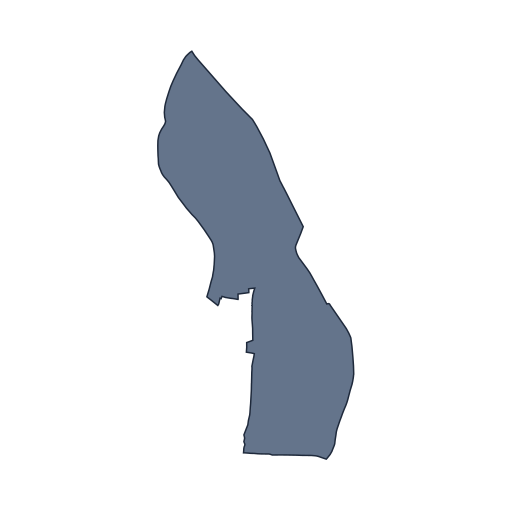 outline of Chau Thanh, Bến Tre, Vietnam, rotated 75°
{"feature_id": "81297802B56564979250046", "entity_name": "Chau Thanh", "entity_type": "district", "adm_level": 2, "iso_a3": "VNM", "parent_name": "Vietnam", "parent_adm1": "Bến Tre", "projection": "orthographic", "projection_center": [106.327, 10.29], "detail": "fine", "context": "isolated", "style": "filled", "palette": "slate", "viewbox_px": 512, "rotation_deg": 75, "n_neighbors": 0, "source": "geoboundaries", "source_scale": "gbopen_adm2", "svg_char_len": 3852}
<svg xmlns="http://www.w3.org/2000/svg" viewBox="0 0 512 512"><g transform="rotate(75 256 256)"><path d="M442.9,319.0L443.3,317.6L444.1,315.3L444.5,314.1L445.2,312.3L446.2,308.9L447.5,305.4L448.5,302.2L449.6,298.3L450.3,295.7L450.5,295.0L451.0,293.9L451.3,293.4L452.1,292.3L452.5,291.6L454.0,285.7L455.7,279.4L459.0,267.9L460.4,263.4L463.0,254.1L463.9,251.6L464.4,250.2L464.8,249.3L465.6,247.8L470.4,240.7L469.7,239.6L466.9,235.8L464.9,233.8L464.4,233.3L463.0,232.3L459.7,229.8L458.2,228.8L457.4,228.4L456.6,228.1L453.8,227.0L449.3,225.0L446.8,224.0L444.8,222.9L443.0,221.8L442.3,221.3L439.6,219.5L437.8,218.3L436.9,217.7L433.3,215.1L430.8,213.4L426.6,210.3L423.7,208.0L421.0,206.1L418.6,204.6L416.3,203.3L414.0,202.0L411.9,200.8L409.8,199.6L408.4,198.7L404.2,196.1L403.9,196.1L402.8,195.4L401.1,194.6L398.9,193.6L396.9,192.8L396.3,192.6L395.5,192.2L387.5,190.3L379.3,188.7L371.4,187.3L367.9,186.7L365.6,186.4L362.6,186.0L359.7,185.6L357.8,185.8L356.9,186.0L354.8,186.3L351.0,187.2L349.4,187.6L322.9,197.0L321.7,197.3L321.1,197.7L320.8,198.2L320.7,198.7L320.6,200.1L318.6,200.5L310.7,202.3L300.7,204.7L294.1,206.4L290.0,207.4L286.2,208.4L281.6,210.0L275.5,212.4L268.7,215.1L265.8,215.7L263.7,216.0L260.8,216.0L258.9,215.9L257.7,215.6L256.8,215.2L255.7,214.5L245.7,206.9L239.9,202.8L230.2,204.8L217.2,207.5L204.5,210.1L197.1,211.7L196.9,211.8L194.5,212.3L190.4,213.2L190.2,213.3L188.7,213.5L181.2,214.1L160.2,215.9L151.2,217.5L145.0,218.6L131.1,221.8L128.7,222.5L127.5,222.8L123.2,224.1L122.6,224.4L120.4,225.7L110.6,231.3L106.1,233.7L101.8,236.0L89.5,242.5L88.7,242.9L51.7,261.1L46.6,263.4L41.6,265.0L42.3,267.2L44.0,270.4L45.1,272.2L46.6,273.9L48.0,275.5L48.4,275.8L50.6,277.7L51.8,278.7L58.8,285.2L65.2,290.6L68.0,292.8L69.9,294.3L74.8,297.6L81.4,301.8L82.5,302.4L85.1,303.9L87.7,305.2L90.9,306.4L93.6,307.4L98.5,308.3L99.9,308.3L101.4,308.4L102.6,308.5L104.2,309.4L105.1,310.1L106.5,311.5L109.1,314.4L112.1,317.1L114.8,318.9L119.0,320.8L123.7,322.2L128.0,323.3L133.9,324.7L136.7,325.2L139.3,325.8L142.1,326.4L144.5,326.4L146.8,326.2L148.9,325.9L151.0,325.7L153.4,325.1L156.0,324.1L158.8,322.6L160.3,321.9L162.3,321.0L164.7,320.2L168.6,319.0L179.5,315.8L184.6,313.7L188.5,312.1L191.8,310.8L199.4,307.1L203.4,304.8L207.4,303.0L217.0,299.3L225.0,296.6L229.0,295.3L230.9,294.8L233.6,294.5L235.0,294.6L242.1,295.4L245.6,296.1L250.0,297.5L253.7,298.7L255.2,299.3L256.4,299.7L257.7,300.2L259.0,300.7L260.2,301.3L261.7,302.0L263.9,303.0L264.9,303.4L269.1,306.0L275.9,309.8L282.7,314.0L283.3,313.6L287.1,310.7L293.9,305.7L292.9,304.6L291.7,303.9L287.5,301.7L288.2,300.8L286.2,299.3L287.4,297.3L288.1,296.3L288.3,295.8L288.8,294.7L290.4,291.2L291.0,289.6L291.7,288.0L293.3,284.6L293.2,284.5L289.6,283.6L288.1,283.2L289.1,275.8L289.5,272.4L288.0,272.0L285.8,271.6L285.9,270.4L286.7,265.5L287.9,266.3L288.0,266.3L289.5,267.3L291.7,268.5L293.0,269.2L293.8,269.6L294.4,269.7L295.0,270.0L296.2,270.5L297.4,271.0L298.3,271.2L299.3,271.5L300.1,271.9L300.7,272.1L301.4,272.2L302.1,272.3L302.6,272.6L302.7,272.8L303.7,272.7L304.2,272.9L305.0,273.2L306.1,273.5L307.5,273.9L308.7,274.3L309.9,274.5L312.1,275.2L314.5,275.9L316.7,276.4L321.0,277.2L325.1,278.0L330.1,279.3L335.0,280.5L336.2,280.8L336.6,280.9L337.0,284.9L337.2,287.4L341.8,288.6L346.4,290.2L348.6,285.3L349.3,284.0L349.9,282.9L352.6,284.1L356.1,285.9L359.6,287.6L361.4,288.5L361.9,288.6L363.0,288.8L365.0,289.4L365.6,289.6L367.7,290.3L372.9,291.8L375.9,292.7L377.0,293.0L378.1,293.4L383.3,294.9L385.3,295.5L390.5,297.2L397.2,299.4L400.8,300.7L405.8,302.4L407.9,303.2L412.9,305.9L417.0,307.6L419.8,309.7L425.7,314.0L427.5,314.0L428.9,314.1L429.3,314.3L429.5,314.3L430.2,314.7L431.2,315.2L431.8,315.6L432.0,315.7L432.7,315.7L433.0,315.7L433.7,315.6L434.5,315.5L435.4,315.6L436.2,316.0L437.4,316.9L438.4,317.4L439.4,317.8L441.0,318.3L442.9,319.0Z" fill="#64748b" stroke="#1e293b" stroke-width="1.5"/></g></svg>